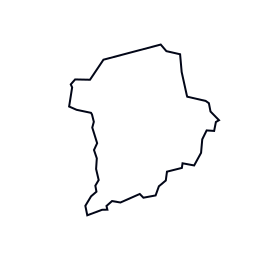 outline of Oglethorpe, Georgia, United States of America, rotated 140°
{"feature_id": "52423323B55328692258932", "entity_name": "Oglethorpe", "entity_type": "district", "adm_level": 2, "iso_a3": "USA", "parent_name": "United States of America", "parent_adm1": "Georgia", "projection": "orthographic", "projection_center": [-83.037, 33.869], "detail": "fine", "context": "isolated", "style": "outline", "palette": "ink", "viewbox_px": 256, "rotation_deg": 140, "n_neighbors": 0, "source": "geoboundaries", "source_scale": "gbopen_adm2", "svg_char_len": 736}
<svg xmlns="http://www.w3.org/2000/svg" viewBox="0 0 256 256"><g transform="rotate(140 128 128)"><path d="M159.3,182.3L155.7,175.0L146.6,163.4L146.9,161.5L150.2,154.7L155.1,151.3L161.4,136.2L168.2,133.0L171.4,124.8L178.8,117.1L183.9,107.0L190.1,104.8L193.1,99.5L200.2,99.4L210.7,95.8L215.3,87.3L200.4,82.0L196.3,78.7L194.6,82.1L187.2,82.3L181.7,75.8L161.4,69.9L161.0,64.7L150.2,58.6L141.8,63.5L132.8,63.5L126.2,69.5L112.4,62.8L108.9,65.9L101.4,56.8L88.0,62.0L78.4,71.6L69.3,75.6L63.9,70.4L56.8,76.1L53.3,75.5L54.2,87.6L50.1,95.0L51.1,98.8L62.5,113.9L61.8,115.5L50.9,136.4L40.7,151.0L49.2,162.2L49.3,170.9L102.9,196.1L126.1,189.4L137.3,199.2L143.8,198.2L144.7,195.0L159.3,182.3Z" fill="none" stroke="#020617" stroke-width="2"/></g></svg>